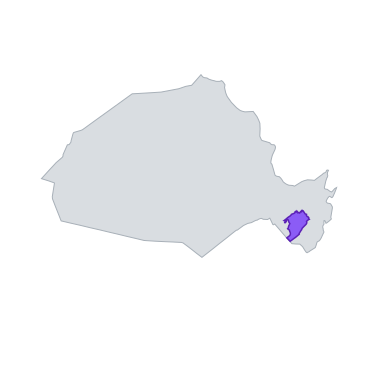 location of Ouallam, Tillabéri, Niger, rotated 232°
{"feature_id": "23599985B18642698649368", "entity_name": "Ouallam", "entity_type": "district", "adm_level": 2, "iso_a3": "NER", "parent_name": "Niger", "parent_adm1": "Tillabéri", "projection": "equal_earth", "projection_center": [2.332, 14.566], "detail": "fine", "context": "in_parent", "style": "filled", "palette": "violet", "viewbox_px": 384, "rotation_deg": 232, "n_neighbors": 0, "source": "geoboundaries", "source_scale": "gbopen_adm2", "svg_char_len": 4215}
<svg xmlns="http://www.w3.org/2000/svg" viewBox="0 0 384 384"><g transform="rotate(232 192 192)"><path d="M278.9,271.3L276.2,271.3L274.6,272.0L272.6,274.0L270.4,274.8L267.7,276.6L266.0,278.0L264.4,279.1L262.2,281.8L261.5,283.9L259.3,284.3L256.2,284.0L254.2,281.9L249.6,279.7L246.7,278.8L245.3,278.5L238.3,278.2L230.9,279.0L227.1,280.0L226.4,280.3L224.3,281.6L222.5,283.1L217.8,289.8L211.4,289.6L207.6,288.8L204.4,287.8L199.9,284.6L194.3,279.8L192.1,279.2L190.2,278.8L189.5,278.9L182.9,283.6L181.7,283.5L180.1,284.1L179.1,285.3L178.3,285.9L177.5,285.9L176.5,285.7L175.5,285.0L174.4,283.6L171.7,278.3L171.1,277.4L169.9,275.8L167.9,273.4L166.6,272.2L165.8,271.9L164.8,272.1L159.5,270.0L154.2,267.8L153.0,268.1L152.2,268.5L150.3,270.2L148.2,270.5L145.4,270.4L143.9,270.1L141.5,270.7L139.8,271.3L137.7,272.5L135.0,275.5L134.2,275.9L133.5,276.4L132.6,284.7L131.9,287.2L130.5,290.5L127.7,293.7L125.8,295.6L125.8,298.2L125.7,302.4L125.6,305.3L125.8,307.2L125.5,308.1L125.3,308.9L125.4,310.2L125.9,310.8L126.2,311.5L126.0,312.2L125.1,312.9L124.1,311.0L122.8,309.7L121.4,309.1L120.5,308.1L120.0,306.8L118.2,304.1L114.0,299.0L113.6,298.8L112.9,298.6L111.7,299.3L111.0,300.1L110.5,300.4L109.7,300.5L107.7,301.1L106.1,302.0L106.1,302.7L106.8,306.6L106.5,308.7L105.8,307.7L103.5,303.8L101.9,300.8L101.6,300.2L101.4,299.2L101.5,298.7L102.2,298.4L103.6,298.0L103.9,297.7L104.0,296.9L103.7,295.4L102.9,293.4L102.1,292.0L101.6,291.8L100.7,291.7L99.8,291.9L98.0,293.6L97.2,293.9L95.4,293.7L93.8,293.4L92.8,292.6L89.8,289.3L86.6,285.8L85.2,285.3L84.9,285.0L84.7,282.3L84.7,279.1L84.9,278.3L86.3,278.8L87.7,279.0L88.2,278.5L87.0,277.3L85.4,276.2L84.8,274.4L84.3,273.8L83.5,273.2L82.7,272.9L81.8,272.4L81.2,271.9L80.3,271.7L79.2,271.3L77.8,268.5L76.3,265.7L75.5,263.6L75.2,262.3L75.6,260.1L75.2,259.2L73.6,257.0L72.3,254.9L72.6,251.7L72.9,249.0L72.9,247.3L73.2,246.3L73.3,245.3L74.2,244.9L76.5,245.0L80.8,245.5L84.4,244.9L84.6,244.8L87.0,241.9L89.8,238.9L93.9,238.6L98.3,238.3L101.9,238.1L106.9,237.9L111.1,237.7L115.8,237.5L116.0,236.1L116.3,235.8L116.7,235.7L120.2,236.5L123.5,237.2L123.8,234.6L126.7,231.3L128.3,230.6L128.7,230.1L129.2,229.0L129.6,227.3L129.7,226.0L130.3,225.0L130.7,223.2L131.3,220.0L132.9,216.6L133.9,212.0L134.0,207.5L134.1,204.2L134.6,203.5L134.6,197.5L134.5,191.5L134.5,186.4L134.5,180.1L134.4,174.5L134.4,168.5L134.4,163.1L134.4,159.6L137.7,158.7L141.1,157.8L146.1,156.6L151.5,155.2L157.4,153.6L158.7,152.7L163.1,147.6L165.1,145.3L169.1,140.6L172.1,137.1L176.0,132.6L180.1,128.0L183.3,124.4L188.5,120.3L196.2,114.1L203.9,108.0L211.6,101.8L219.3,95.7L226.9,89.5L234.6,83.4L242.2,77.2L249.8,71.1L257.6,73.4L265.1,75.6L272.6,77.9L274.4,79.1L278.5,83.5L283.7,89.1L284.0,89.1L289.0,85.9L295.2,81.6L297.2,93.2L298.8,103.2L299.1,109.6L299.2,111.3L299.7,112.4L300.9,113.5L305.9,122.8L305.0,124.4L305.8,127.2L307.0,128.5L311.1,134.0L311.7,135.1L311.5,136.0L308.9,142.5L308.5,144.1L308.2,152.4L308.0,158.3L307.7,166.3L307.3,176.0L307.0,184.2L306.6,195.0L306.2,205.3L302.3,210.9L295.4,220.9L289.8,229.1L287.0,234.5L281.5,245.2L279.1,252.1L277.2,255.8L276.3,257.3L277.2,262.4L278.9,271.3Z" fill="#d9dde1" stroke="#a8b0b8" stroke-width="1"/><path d="M92.6,244.4L92.5,245.5L92.7,250.5L93.3,250.8L94.7,254.6L94.7,255.0L95.6,256.5L95.9,258.6L96.3,261.9L96.7,263.0L97.2,263.6L98.4,264.2L98.5,267.1L98.3,267.6L99.1,267.6L99.4,267.6L99.9,268.2L101.3,268.1L101.5,267.7L102.9,267.6L103.9,268.5L105.0,267.7L106.7,267.8L108.6,268.0L108.9,267.7L109.1,267.7L109.3,267.7L109.5,267.7L109.9,267.3L109.8,266.8L109.1,266.8L109.0,266.0L109.7,265.6L109.7,265.2L109.2,264.4L109.2,263.8L110.0,263.4L110.4,262.7L110.7,263.0L112.4,262.9L111.9,262.1L112.0,261.8L112.9,261.7L112.9,260.9L112.3,260.2L112.4,259.0L113.2,256.6L112.8,255.7L112.7,254.9L112.9,252.4L112.9,251.2L112.8,250.2L112.8,247.0L112.2,247.5L111.7,247.6L111.1,247.0L111.0,246.3L110.8,246.2L110.5,246.5L110.4,246.6L110.5,247.3L110.9,248.5L111.1,248.7L111.4,248.5L111.6,248.5L111.6,250.1L111.2,250.6L110.1,250.4L108.7,249.8L106.9,249.7L106.0,248.0L105.9,247.6L105.1,246.5L104.6,245.9L104.2,245.3L104.2,244.8L103.6,244.8L102.4,245.2L102.0,245.3L101.0,244.8L99.4,244.4L98.3,243.7L97.5,242.3L97.5,238.5L92.7,239.0L92.6,244.4Z" fill="#8b5cf6" stroke="#5b21b6" stroke-width="1.5"/></g></svg>